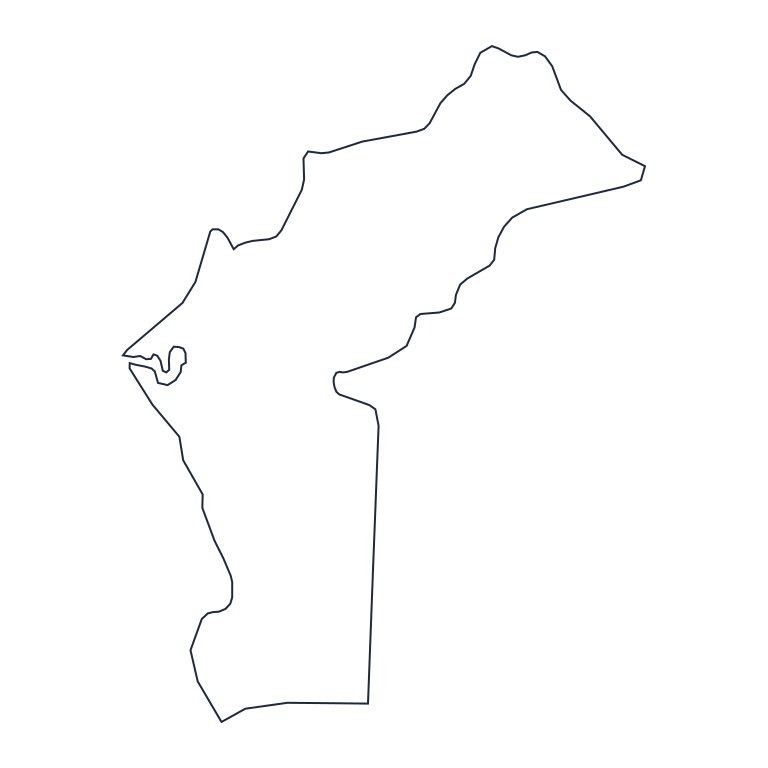 the Province of Cabinda
{"feature_id": "AGO-1885", "entity_name": "Cabinda", "entity_type": "Province", "adm_level": 1, "iso_a3": "AGO", "parent_name": "Angola", "parent_adm1": "", "projection": "mercator", "projection_center": [12.416, -5.077], "detail": "fine", "context": "isolated", "style": "outline", "palette": "slate", "viewbox_px": 768, "rotation_deg": 0, "n_neighbors": 0, "source": "natural_earth", "source_scale": "10m", "svg_char_len": 1765}
<svg xmlns="http://www.w3.org/2000/svg" viewBox="0 0 768 768"><path d="M502.2,50.4L511.3,55.3L518.0,56.8L525.6,55.2L531.5,52.5L537.4,51.9L545.0,56.3L552.2,66.2L561.0,89.9L570.6,100.7L590.0,116.3L622.2,154.8L645.0,166.2L640.9,180.3L623.4,186.7L527.0,209.2L512.2,217.6L504.0,226.8L498.4,237.2L495.2,248.2L494.2,259.7L489.6,265.6L467.5,278.4L460.2,284.5L455.9,295.0L454.9,302.8L451.3,308.5L439.3,312.5L420.4,314.0L416.0,317.3L414.6,327.3L406.6,345.9L388.3,357.7L347.1,371.9L343.0,372.4L339.4,371.9L336.3,372.9L333.8,377.7L333.6,381.8L334.5,387.1L336.4,391.8L339.2,394.4L369.4,405.1L375.4,409.3L378.6,425.9L377.1,463.7L375.5,505.7L373.2,564.6L370.9,625.9L369.7,657.9L368.0,703.6L331.9,703.2L287.3,702.8L245.3,708.7L221.6,721.9L221.4,721.8L197.7,681.4L190.5,650.2L201.8,619.0L207.8,613.4L213.1,612.1L218.8,611.7L225.5,608.9L230.3,603.7L232.2,597.4L232.2,582.0L230.7,575.7L223.3,558.2L214.6,540.9L202.3,507.8L202.7,494.5L183.2,460.3L179.4,436.8L152.5,404.7L129.6,368.4L129.7,363.1L135.5,364.7L145.2,366.6L151.6,368.5L154.8,371.4L158.0,382.9L167.6,385.1L175.6,380.0L180.7,372.0L181.4,365.3L185.8,362.7L185.5,353.1L183.3,348.6L178.8,347.0L173.7,346.7L169.8,352.2L168.9,359.2L169.2,369.8L166.3,372.4L162.8,370.8L160.5,360.8L157.3,355.7L153.5,354.4L150.9,358.9L146.1,359.2L140.3,356.0L133.3,357.0L123.0,355.4L127.1,350.0L182.5,302.9L195.4,282.0L210.3,231.5L212.6,229.3L218.4,229.3L223.0,232.1L227.5,237.7L233.7,249.2L238.0,245.5L245.1,242.7L252.6,240.9L269.2,239.2L276.2,236.5L281.3,230.5L301.8,189.8L304.1,179.5L303.5,158.4L308.1,151.5L321.4,153.2L328.8,152.5L362.2,141.6L416.6,131.6L424.3,128.8L429.7,123.1L440.4,103.2L447.2,95.4L455.2,88.9L464.1,83.9L470.7,75.9L474.7,64.2L480.3,52.8L491.9,46.1L498.7,48.5L502.2,50.4Z" fill="none" stroke="#1e293b" stroke-width="2"/></svg>